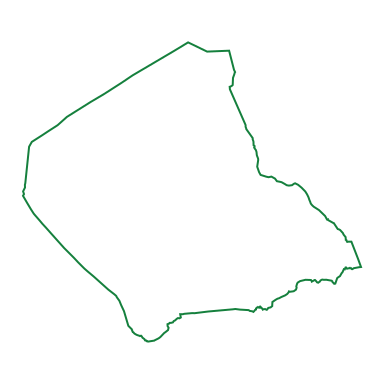 the district of San Pedro Mártir Yucuxaco, Oaxaca, Mexico
{"feature_id": "50627088B78059465954493", "entity_name": "San Pedro Mártir Yucuxaco", "entity_type": "district", "adm_level": 2, "iso_a3": "MEX", "parent_name": "Mexico", "parent_adm1": "Oaxaca", "projection": "robinson", "projection_center": [-97.623, 17.452], "detail": "fine", "context": "isolated", "style": "outline", "palette": "green", "viewbox_px": 384, "rotation_deg": 0, "n_neighbors": 0, "source": "geoboundaries", "source_scale": "gbopen_adm2", "svg_char_len": 3617}
<svg xmlns="http://www.w3.org/2000/svg" viewBox="0 0 384 384"><path d="M29.1,146.7L25.3,183.2L24.9,184.8L25.0,187.5L23.1,191.4L24.0,194.1L23.0,195.8L27.0,202.7L31.0,209.4L33.7,213.6L34.6,214.7L39.9,220.8L42.4,223.8L46.0,227.7L51.5,233.9L64.2,248.1L73.8,257.7L78.1,262.3L82.2,266.4L84.4,268.6L87.6,271.4L93.8,276.6L108.3,289.6L114.1,294.1L116.2,295.9L116.8,297.2L119.4,300.8L121.1,305.0L124.0,311.2L128.2,325.4L128.4,325.9L131.8,329.3L131.9,330.0L132.2,330.3L132.2,330.5L132.3,331.0L132.8,332.1L133.4,332.3L134.1,333.2L134.6,333.7L135.0,333.9L135.6,334.2L136.3,334.7L137.6,335.2L139.7,335.9L140.0,336.1L141.0,335.7L141.6,336.2L142.6,337.8L142.8,337.9L144.4,339.1L145.0,340.3L145.3,340.3L145.8,340.3L145.9,340.6L146.7,341.2L147.1,341.0L147.5,341.2L148.0,341.6L154.3,340.6L154.5,340.4L154.9,340.2L155.9,339.7L158.5,338.4L159.5,337.7L160.4,337.0L164.3,332.9L165.1,332.4L168.0,330.1L168.6,327.8L167.6,326.1L167.5,324.2L169.1,323.6L169.6,322.9L170.8,322.9L172.9,322.4L173.7,321.1L175.1,320.4L176.8,318.8L177.9,318.1L179.5,318.3L180.8,317.5L180.2,314.2L183.0,314.2L183.5,314.0L184.4,313.8L192.3,313.1L194.5,313.2L208.3,311.5L233.0,309.3L235.3,309.0L240.0,309.6L248.5,310.1L248.8,310.2L249.7,310.9L252.3,311.3L253.4,311.9L254.2,311.1L255.2,309.8L256.0,309.5L256.0,308.5L257.0,307.5L257.8,307.5L258.0,307.1L258.8,307.5L260.1,306.5L260.6,306.9L260.5,307.7L261.1,307.6L261.5,307.9L261.9,308.2L262.8,309.6L263.3,309.2L265.3,309.1L266.5,309.8L267.0,309.7L267.3,309.3L267.8,308.6L268.3,307.9L270.6,307.4L272.2,306.1L272.4,302.0L275.6,299.8L277.5,298.7L279.2,298.2L280.6,297.4L281.6,296.9L285.1,295.4L287.2,294.0L288.4,292.6L289.0,291.4L289.6,291.8L292.8,291.4L293.8,291.2L296.0,289.6L296.6,287.7L296.3,286.4L296.9,284.3L297.1,283.7L297.7,282.6L300.1,281.1L305.5,279.8L310.9,280.0L311.0,280.1L311.5,280.7L311.8,281.6L312.9,281.0L314.7,280.0L315.0,280.0L316.2,281.2L316.4,281.4L317.0,282.3L318.2,282.7L319.3,281.9L319.7,281.7L320.5,280.5L321.6,279.8L322.4,279.6L323.7,279.8L325.4,279.8L326.0,279.7L331.1,280.6L331.7,280.7L332.3,281.3L332.4,281.8L332.6,282.2L333.2,282.7L333.6,283.0L333.9,283.6L334.3,283.8L334.9,283.7L335.3,283.6L337.2,278.1L337.9,277.5L340.0,276.1L341.6,273.2L342.4,272.4L343.9,269.1L344.8,269.3L344.9,268.9L345.5,267.5L345.8,267.4L346.0,267.4L347.0,268.7L349.4,268.1L349.8,267.9L350.1,268.3L351.1,268.2L351.7,269.0L352.1,269.2L352.6,269.0L353.8,268.2L359.1,267.2L361.0,267.0L358.1,259.0L351.4,241.7L348.5,241.7L348.2,241.7L347.2,241.9L346.8,241.3L346.6,240.6L346.5,240.2L346.0,239.8L345.8,239.8L345.6,237.1L343.5,234.5L343.0,233.2L340.1,230.0L339.2,229.5L337.7,229.0L333.8,223.1L333.5,223.1L328.0,220.0L327.5,219.7L327.6,219.4L327.0,219.5L325.1,216.0L319.0,210.1L313.7,206.7L312.4,205.5L311.5,204.5L310.9,203.7L310.6,203.1L310.2,201.8L309.4,200.0L308.5,197.3L307.1,194.4L305.3,191.5L301.6,187.7L298.1,184.8L295.1,183.3L293.9,183.8L292.0,185.2L288.9,185.6L286.7,185.2L284.8,184.0L281.6,182.2L280.0,181.8L276.9,181.2L275.0,178.6L271.4,176.6L268.6,177.2L266.3,176.7L260.6,174.9L259.1,172.2L257.2,166.7L258.2,160.0L258.1,158.6L257.0,155.7L256.8,155.0L256.5,152.0L255.9,150.1L254.5,148.2L254.2,147.4L254.6,147.0L254.5,145.9L253.6,145.3L253.5,143.1L253.5,142.0L253.3,141.0L252.7,139.4L252.7,138.1L246.3,129.1L246.2,128.4L245.6,126.8L245.6,125.2L245.4,124.6L229.9,89.3L229.7,86.8L230.4,86.7L230.9,86.3L232.0,85.7L232.7,85.0L233.0,77.9L234.3,74.3L234.7,72.7L235.1,72.1L234.0,69.8L229.1,50.7L207.1,51.6L188.1,42.4L174.1,50.9L165.1,56.2L155.6,61.8L132.7,75.3L120.8,83.3L104.1,94.0L90.6,102.0L75.8,111.3L66.9,116.9L57.6,125.2L48.3,131.2L41.8,135.5L31.8,141.9L29.1,146.7Z" fill="none" stroke="#15803d" stroke-width="2"/></svg>